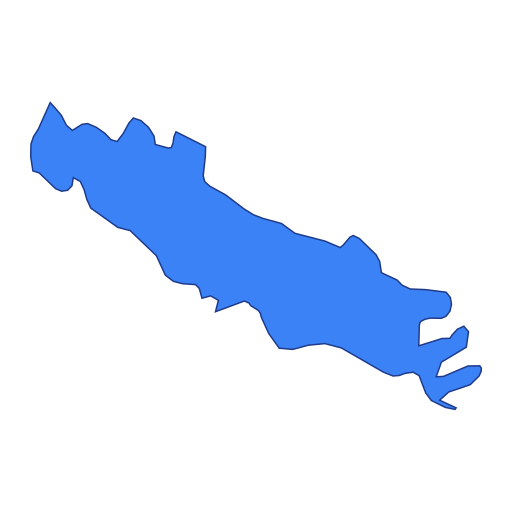 SVG path tracing the border of Cremona
{"feature_id": "ITA-5447", "entity_name": "Cremona", "entity_type": "Province", "adm_level": 1, "iso_a3": "ITA", "parent_name": "Italy", "parent_adm1": "", "projection": "natural_earth1", "projection_center": [10.091, 45.216], "detail": "fine", "context": "isolated", "style": "filled", "palette": "blue", "viewbox_px": 512, "rotation_deg": 0, "n_neighbors": 0, "source": "natural_earth", "source_scale": "10m", "svg_char_len": 2184}
<svg xmlns="http://www.w3.org/2000/svg" viewBox="0 0 512 512"><path d="M205.6,146.7L205.3,156.6L203.2,175.8L204.8,181.7L209.7,186.1L225.6,194.9L244.0,208.9L253.3,214.7L262.9,218.4L281.5,223.5L294.9,233.3L324.7,241.0L324.8,241.0L325.0,241.1L325.3,241.2L325.5,241.3L325.8,241.4L326.0,241.5L326.3,241.7L326.6,241.8L327.0,241.9L327.3,242.1L327.7,242.2L328.1,242.4L328.5,242.6L328.9,242.7L329.3,242.9L329.7,243.1L330.2,243.3L330.6,243.5L331.1,243.7L331.6,243.9L332.0,244.1L332.5,244.3L333.0,244.5L333.4,244.7L333.9,244.9L334.3,245.0L334.8,245.2L335.2,245.4L335.7,245.6L336.1,245.8L336.5,246.0L336.9,246.1L337.3,246.3L337.7,246.4L338.0,246.6L338.3,246.7L338.7,246.9L338.9,247.0L339.2,247.1L339.4,247.2L339.7,247.3L339.8,247.4L340.0,247.4L340.1,247.5L340.3,247.5L343.4,244.9L349.9,237.2L353.2,235.5L359.4,238.5L376.1,254.8L379.7,261.6L381.4,272.7L397.2,280.1L402.1,285.2L410.2,289.0L425.4,289.6L446.1,292.2L450.3,297.4L451.5,304.2L450.0,311.1L446.0,316.3L441.3,318.3L430.4,318.1L425.4,319.1L421.8,320.8L420.0,322.4L419.3,325.3L418.8,345.8L442.0,338.5L450.0,338.3L452.0,335.1L457.4,329.2L463.8,326.2L468.5,331.7L466.3,347.2L441.4,362.1L436.2,376.8L443.5,376.4L467.9,366.0L479.7,365.8L481.3,368.0L481.1,371.5L479.1,376.0L470.2,384.7L448.7,392.0L439.6,400.2L456.1,407.9L455.0,409.4L445.3,407.4L431.3,400.5L425.7,392.9L419.1,375.6L413.1,372.2L404.9,373.4L399.2,375.5L393.1,376.0L383.5,372.2L341.3,347.9L324.9,343.6L308.3,345.2L292.7,349.4L279.2,348.2L268.8,333.6L261.4,317.4L260.4,313.5L258.6,310.6L250.8,305.7L249.0,303.1L244.4,301.0L215.5,311.7L218.4,300.3L210.6,295.9L202.0,298.2L199.3,288.5L195.6,284.6L182.5,283.7L173.3,281.3L165.3,275.1L156.4,255.7L130.2,230.6L117.8,227.4L90.8,208.1L86.9,199.6L84.1,189.7L80.3,181.4L73.3,177.7L72.0,185.7L67.6,190.3L61.6,191.2L55.5,188.6L39.3,173.0L32.9,170.9L30.7,156.5L31.0,143.9L33.6,136.5L35.1,134.1L38.4,128.9L50.2,102.6L54.6,107.4L61.4,115.4L66.4,125.3L72.4,130.4L82.1,124.3L87.7,123.6L96.3,127.3L104.9,133.3L110.9,139.7L117.1,141.5L123.3,133.4L128.9,123.1L133.3,118.0L140.9,120.6L148.5,127.3L154.0,136.0L155.3,144.5L168.1,148.0L171.3,147.6L173.0,143.1L174.0,136.5L176.0,131.8L205.6,146.7Z" fill="#3b82f6" stroke="#1e3a8a" stroke-width="1.5"/></svg>